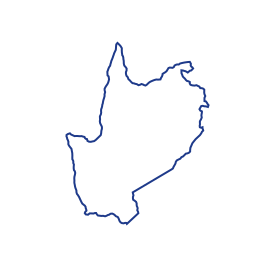 Itabela, Bahia, Brazil, rotated 226°
{"feature_id": "56859067B84732320584275", "entity_name": "Itabela", "entity_type": "district", "adm_level": 2, "iso_a3": "BRA", "parent_name": "Brazil", "parent_adm1": "Bahia", "projection": "robinson", "projection_center": [-39.521, -16.666], "detail": "fine", "context": "isolated", "style": "outline", "palette": "blue", "viewbox_px": 256, "rotation_deg": 226, "n_neighbors": 0, "source": "geoboundaries", "source_scale": "gbopen_adm2", "svg_char_len": 4087}
<svg xmlns="http://www.w3.org/2000/svg" viewBox="0 0 256 256"><g transform="rotate(226 128 128)"><path d="M59.5,76.2L60.7,77.0L62.5,77.6L63.3,78.9L64.2,79.6L65.7,80.1L66.8,80.9L67.7,81.8L69.2,82.5L71.1,82.3L72.8,81.9L74.0,82.7L75.0,83.7L75.8,85.2L77.3,86.0L78.4,86.7L67.9,130.8L67.7,132.2L68.4,133.8L69.0,135.9L69.5,137.5L70.4,138.8L70.8,140.5L70.3,142.3L69.6,144.3L69.9,146.2L69.3,147.8L69.3,149.8L69.4,151.7L68.5,153.1L67.9,154.5L67.9,156.3L68.9,157.3L70.4,159.1L71.5,161.8L72.3,163.6L72.6,165.6L73.0,168.9L72.9,174.8L73.3,177.0L73.9,178.6L73.9,180.3L74.9,180.9L75.9,181.3L76.8,182.1L77.4,180.8L78.6,180.2L79.7,181.0L80.7,182.4L81.8,183.3L82.9,184.4L83.5,186.5L84.3,188.3L86.0,189.5L86.8,190.5L87.7,191.8L88.6,192.7L90.3,192.1L91.9,192.5L92.5,194.5L92.9,195.9L92.0,197.2L90.7,197.9L89.4,199.1L87.6,200.1L88.5,201.8L89.8,201.9L91.4,202.3L93.0,202.5L94.2,201.7L95.4,202.8L96.6,204.0L97.3,205.8L99.2,206.5L100.4,207.3L101.4,208.3L102.6,209.5L103.9,209.5L105.3,208.8L106.5,207.7L108.2,208.1L109.7,207.5L111.2,207.0L112.3,205.3L114.1,203.8L115.7,203.0L117.1,203.3L118.1,204.4L119.5,204.0L120.9,203.1L122.5,203.0L123.6,203.2L124.9,203.2L126.2,203.1L127.6,203.4L128.7,204.0L130.2,204.5L132.4,206.5L131.2,207.5L130.0,208.1L128.9,208.8L127.7,209.2L126.4,209.5L126.3,210.9L126.2,212.3L125.5,213.4L125.5,214.7L125.6,216.2L126.9,216.4L128.3,216.2L129.4,216.5L130.6,217.9L132.6,218.4L133.7,217.1L134.6,215.9L135.9,214.1L137.1,212.2L138.2,210.3L138.4,208.6L139.6,207.5L140.2,206.3L140.6,204.9L140.0,203.3L140.3,201.9L141.2,201.1L142.4,200.1L143.0,198.8L142.6,197.2L142.1,195.3L142.2,193.6L142.6,191.9L142.9,190.5L142.1,189.5L141.5,188.3L141.1,186.6L140.4,185.1L141.4,183.8L142.3,182.9L143.3,181.9L144.2,180.3L145.0,178.4L145.8,176.2L146.1,174.6L146.1,173.0L146.1,171.4L146.4,170.1L147.6,169.4L148.9,169.0L150.3,168.2L150.7,166.8L151.5,165.3L153.4,164.8L154.9,163.8L156.0,163.3L157.1,162.4L158.2,162.3L159.7,162.3L161.2,162.4L162.7,162.2L164.0,162.8L165.2,163.2L166.3,163.1L167.5,163.6L168.8,164.5L169.7,165.4L170.3,166.8L171.7,168.3L173.4,168.6L175.5,168.7L177.2,169.7L178.3,170.7L179.3,171.6L180.7,172.5L181.9,173.5L183.1,174.2L184.3,174.4L185.2,175.1L186.5,176.0L188.1,177.4L189.7,179.0L191.8,179.5L193.2,179.6L194.8,179.6L196.5,179.5L196.3,177.7L195.1,176.2L193.8,174.8L192.7,173.5L192.0,171.6L191.3,169.8L190.6,168.6L190.0,167.3L189.3,166.0L188.6,164.5L187.8,162.6L186.8,161.0L186.1,159.7L185.2,158.4L184.9,156.7L184.3,155.2L183.5,153.7L182.8,152.2L181.3,150.9L180.0,149.8L178.6,149.9L177.2,148.9L176.1,148.1L175.2,146.6L174.4,145.2L173.8,143.5L173.4,141.4L173.0,139.9L172.4,138.3L171.1,137.2L169.7,136.5L168.6,134.6L167.2,133.3L166.2,131.6L165.1,129.6L164.1,128.1L163.1,126.8L162.6,125.7L161.6,124.5L160.8,123.2L160.1,121.7L158.9,120.4L157.7,119.4L156.7,118.0L155.9,115.9L154.6,114.7L153.7,114.0L152.4,112.4L150.8,111.3L149.0,110.7L147.3,110.2L146.1,109.3L145.3,108.3L144.7,107.2L143.9,106.2L142.9,105.1L141.8,103.4L141.8,96.5L142.1,94.5L142.9,93.3L143.8,91.8L145.1,90.5L146.9,89.9L148.5,90.8L149.6,90.1L150.8,90.1L151.8,90.5L153.2,89.6L154.4,89.0L155.3,87.9L156.4,86.9L157.2,86.2L158.4,85.0L159.3,83.9L160.4,83.5L161.4,83.1L162.9,82.5L164.5,82.5L165.4,80.6L165.7,79.0L164.7,77.9L163.4,77.4L162.4,76.7L161.0,76.3L159.4,75.5L158.6,74.6L157.6,73.7L156.2,73.3L154.0,73.0L152.4,72.9L151.3,72.2L150.1,71.4L148.7,70.5L146.9,68.9L145.6,67.6L144.1,66.2L142.7,65.9L141.8,65.3L140.8,64.3L139.3,63.7L137.9,62.1L136.8,61.0L135.3,59.9L133.8,59.7L132.3,58.8L131.1,57.1L130.1,55.5L129.0,54.3L127.6,53.1L126.8,52.3L125.8,51.3L124.2,50.3L122.6,49.2L121.1,48.4L119.8,47.9L118.8,47.4L117.6,46.3L116.1,45.5L114.8,45.4L112.4,44.9L108.7,43.6L107.2,43.1L105.4,42.6L103.6,42.8L102.1,43.0L100.7,42.7L99.9,42.0L98.7,41.5L97.4,40.7L97.4,39.2L96.8,37.8L95.2,37.6L93.4,39.0L93.2,41.1L91.7,42.6L90.5,43.7L89.8,45.2L89.0,46.0L87.5,45.6L85.9,45.6L84.6,46.7L83.4,47.6L82.1,49.1L80.4,50.2L79.8,51.5L79.4,53.0L78.7,54.3L78.5,55.8L77.4,57.2L76.2,57.7L74.8,58.0L73.0,58.0L71.1,58.8L69.4,58.4L67.2,57.4L65.4,57.1L63.9,57.5L62.5,58.6L61.7,60.1L60.8,60.9L59.8,60.6L59.5,76.2Z" fill="none" stroke="#1e3a8a" stroke-width="2"/></g></svg>